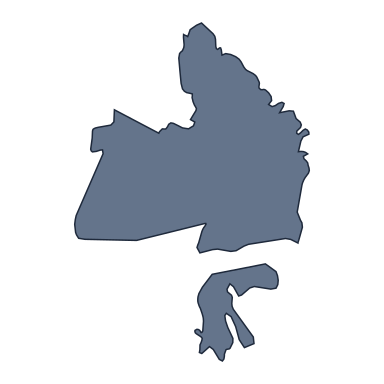 outline of Sirdaryo
{"feature_id": "UZB-371", "entity_name": "Sirdaryo", "entity_type": "Region", "adm_level": 1, "iso_a3": "UZB", "parent_name": "Uzbekistan", "parent_adm1": "", "projection": "mercator", "projection_center": [68.713, 40.386], "detail": "fine", "context": "isolated", "style": "filled", "palette": "slate", "viewbox_px": 384, "rotation_deg": 0, "n_neighbors": 0, "source": "natural_earth", "source_scale": "10m", "svg_char_len": 3405}
<svg xmlns="http://www.w3.org/2000/svg" viewBox="0 0 384 384"><path d="M297.9,243.0L290.7,239.4L285.5,238.5L248.5,244.3L244.0,246.1L236.1,250.7L230.8,251.4L217.6,249.1L212.6,249.6L199.9,252.9L199.8,252.7L197.0,247.5L197.8,244.9L198.7,242.8L201.9,231.5L202.8,229.3L203.7,227.7L204.8,226.3L206.0,224.2L205.8,223.5L204.8,223.5L136.6,240.4L85.0,239.3L78.7,238.3L77.9,237.1L76.5,234.8L75.6,232.4L74.7,224.3L75.3,219.6L76.2,215.5L103.1,153.7L102.5,149.9L100.3,150.1L96.3,151.4L92.4,151.9L91.2,150.8L90.7,149.2L92.2,138.1L92.5,131.0L93.0,129.4L94.1,128.6L95.4,128.0L98.3,127.3L110.8,125.1L113.9,121.9L114.4,109.8L132.0,119.1L158.8,133.2L159.1,132.5L159.5,131.7L160.9,130.3L162.3,128.9L164.0,129.0L165.7,129.0L166.6,128.0L167.4,126.9L168.1,125.6L168.7,124.3L169.8,123.6L170.8,122.9L172.1,123.1L173.5,123.4L178.0,125.6L182.5,127.9L185.6,128.4L188.6,128.8L191.0,127.3L193.4,125.9L194.2,123.9L194.8,122.0L192.6,120.8L190.5,119.6L193.2,115.1L196.0,110.5L196.2,109.5L196.4,108.5L195.5,106.8L194.5,105.2L193.7,103.3L193.0,101.5L192.6,99.6L192.1,97.7L192.3,95.8L192.3,93.9L189.5,93.2L186.6,92.6L185.5,91.9L184.4,91.3L183.5,90.1L182.5,88.9L181.8,86.1L181.1,83.3L179.9,70.7L178.8,58.1L179.2,55.8L179.6,53.5L180.2,52.8L180.9,52.0L181.6,51.4L182.3,50.9L183.1,49.2L183.8,47.5L184.0,46.0L184.1,44.6L183.8,41.2L183.5,37.8L183.5,36.2L183.6,34.5L184.1,34.8L184.6,35.1L185.6,35.5L186.7,35.9L187.2,36.3L187.7,36.6L189.0,33.1L190.2,29.6L193.4,27.4L196.6,25.2L201.5,23.0L213.0,33.7L214.8,36.3L215.5,39.3L215.8,46.5L216.4,48.7L217.6,49.4L219.6,47.9L220.6,47.9L221.3,49.9L222.0,55.1L225.7,53.6L230.7,54.5L235.7,56.7L239.1,59.2L241.1,61.9L243.8,67.0L245.5,69.3L247.0,70.5L253.1,73.6L255.6,75.5L256.8,77.1L259.1,82.0L259.4,83.3L258.9,86.8L259.1,88.1L260.7,89.6L262.2,89.7L263.9,89.4L265.5,90.0L268.6,92.8L271.1,96.5L271.6,100.6L268.6,104.5L272.1,106.6L275.3,105.6L278.5,103.4L281.9,102.3L284.1,103.5L283.2,106.6L279.6,112.7L289.2,110.8L293.4,111.2L296.1,118.6L300.2,122.1L301.3,124.9L300.5,127.5L296.8,131.1L296.7,133.3L298.4,134.4L300.7,132.7L303.1,130.3L305.3,129.0L307.3,130.0L308.8,132.1L308.9,134.2L303.1,136.8L300.9,141.0L298.4,151.7L300.9,151.4L303.4,151.6L305.6,152.4L307.7,153.9L303.4,156.3L303.9,158.7L306.3,161.0L307.7,162.9L308.1,165.3L309.0,168.0L309.3,170.6L308.4,173.2L305.2,177.5L303.9,179.7L302.6,182.7L302.0,184.8L297.2,212.1L300.5,220.3L301.9,222.8L302.4,227.2L299.1,239.0L297.9,242.9L297.9,243.0ZM265.4,263.9L276.0,271.6L277.5,275.7L278.2,280.3L277.8,284.6L276.0,288.2L270.8,289.1L254.3,286.5L249.7,288.0L241.6,295.0L238.7,296.0L233.5,286.7L229.9,283.8L227.0,289.2L227.5,291.9L231.5,295.2L232.3,297.4L231.8,303.5L232.1,306.3L233.3,309.3L253.3,337.0L254.0,343.6L244.4,347.6L239.2,339.6L235.7,326.7L231.1,316.6L226.3,313.3L224.8,315.6L225.6,321.1L227.8,327.5L232.9,338.4L232.8,342.6L230.0,348.3L229.2,348.9L226.8,349.3L226.0,349.7L224.4,354.2L224.4,354.6L224.4,356.1L223.9,359.0L222.4,361.0L219.3,359.4L213.3,349.5L209.5,346.6L201.8,353.5L199.4,352.5L199.9,349.5L200.0,344.9L201.2,342.3L201.9,340.2L202.2,338.5L201.6,337.4L200.4,336.4L196.4,333.8L195.3,332.8L194.9,331.6L195.0,330.4L196.9,329.3L198.3,329.5L199.5,330.2L200.4,331.4L201.1,332.6L201.9,332.4L202.8,330.9L203.5,321.1L203.3,318.3L203.0,316.7L202.2,313.8L200.4,308.5L199.9,307.4L199.7,307.2L199.0,305.5L198.1,302.8L197.8,301.1L197.8,299.1L198.0,296.9L198.9,293.6L202.4,287.2L212.2,274.3L265.4,263.9Z" fill="#64748b" stroke="#1e293b" stroke-width="1.5"/></svg>